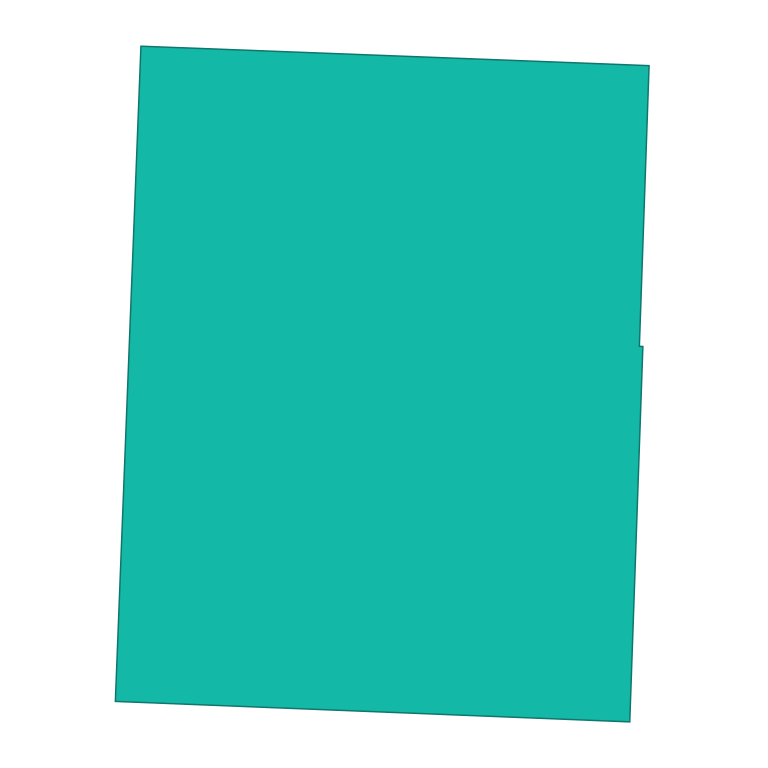 Childress, Texas, United States of America (Natural Earth projection), rotated 2°
{"feature_id": "52423323B84755136262127", "entity_name": "Childress", "entity_type": "district", "adm_level": 2, "iso_a3": "USA", "parent_name": "United States of America", "parent_adm1": "Texas", "projection": "natural_earth1", "projection_center": [-100.178, 34.53], "detail": "fine", "context": "isolated", "style": "filled", "palette": "teal", "viewbox_px": 768, "rotation_deg": 2, "n_neighbors": 0, "source": "geoboundaries", "source_scale": "gbopen_adm2", "svg_char_len": 250}
<svg xmlns="http://www.w3.org/2000/svg" viewBox="0 0 768 768"><g transform="rotate(2 384 384)"><path d="M129.3,54.9L126.6,710.6L641.4,713.1L641.4,337.5L637.9,337.4L637.8,56.6L129.3,54.9Z" fill="#14b8a6" stroke="#0f766e" stroke-width="1.5"/></g></svg>